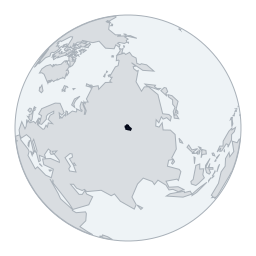 Bulgan highlighted on a globe, orthographic projection, rotated 319°
{"feature_id": "MNG-3323", "entity_name": "Bulgan", "entity_type": "Province", "adm_level": 1, "iso_a3": "MNG", "parent_name": "Mongolia", "parent_adm1": "", "projection": "orthographic", "projection_center": [103.32, 48.825], "detail": "coarse", "context": "on_globe", "style": "filled", "palette": "ink", "viewbox_px": 256, "rotation_deg": 319, "n_neighbors": 0, "source": "natural_earth", "source_scale": "10m", "svg_char_len": 11844}
<svg xmlns="http://www.w3.org/2000/svg" viewBox="0 0 256 256"><g transform="rotate(319 128 128)"><circle cx="128" cy="128" r="113" fill="#eef3f6" stroke="#a8b0b8"/><path d="M190.0,34.0L192.3,35.6L191.5,36.5L183.8,34.9L183.1,33.5L181.3,33.5L182.1,35.4L183.1,36.6L178.1,40.9L179.6,49.4L183.8,53.1L180.0,51.7L190.3,59.7L193.5,66.1L187.7,58.3L185.3,57.2L186.4,61.0L184.2,60.7L183.4,62.5L180.7,61.8L177.5,57.6L175.7,57.2L176.6,60.0L174.4,61.3L173.4,57.2L169.5,59.1L163.4,53.0L163.1,43.5L157.4,40.5L151.1,32.0L149.4,32.6L146.0,30.1L142.7,30.1L142.5,28.7L140.1,29.9L141.0,31.1L140.2,32.1L138.4,32.2L137.8,30.5L138.6,30.1L137.5,29.7L137.9,28.8L136.7,29.3L136.1,27.3L134.0,29.6L131.2,28.2L131.6,26.8L135.1,26.7L144.5,23.9L146.0,22.9L144.5,21.4L134.3,18.9L134.4,18.1L132.0,17.2L130.3,17.6L131.6,18.5L127.8,19.4L129.9,20.7L128.6,21.3L129.3,23.0L125.4,23.1L121.3,22.4L120.5,21.1L118.7,20.9L116.3,22.5L112.0,20.9L103.9,21.2L103.2,20.9L107.4,19.0L115.1,17.6L120.5,16.2L113.2,17.6L111.5,17.1L109.6,17.4L107.5,17.8L106.6,18.2L105.3,18.3L112.0,16.7L113.3,16.6L111.2,17.0L114.8,16.5L119.4,15.8L118.2,15.8L120.4,15.6L128.6,15.4L136.7,15.7L144.8,16.6L152.8,18.1L160.6,20.2L168.3,22.8L175.8,26.0L183.1,29.7L190.0,34.0ZM232.6,88.7L231.8,87.4L231.9,86.8L232.6,88.7ZM231.5,87.6L231.8,87.8L231.6,87.8L231.5,87.6ZM231.6,88.2L231.5,87.8L231.7,88.4L231.6,88.2ZM231.8,89.3L231.6,88.6L231.7,88.8L231.8,89.3ZM231.7,90.5L231.4,90.0L231.7,90.5ZM183.9,37.3L182.4,35.5L182.4,34.0L183.9,35.5L183.9,37.3ZM183.4,40.6L182.1,39.5L184.2,39.2L184.3,39.9L183.4,40.6ZM187.3,56.0L186.4,54.0L188.0,56.1L187.3,56.0ZM183.8,62.9L184.7,63.6L184.0,64.2L183.8,62.9ZM131.4,22.8L130.4,22.9L130.8,22.5L131.4,22.8ZM132.6,23.5L133.9,23.1L134.6,23.4L133.9,23.6L132.6,23.5ZM179.1,63.9L177.6,64.8L178.6,63.1L179.1,63.9ZM131.0,24.0L135.8,23.9L137.2,24.5L135.4,26.0L131.0,24.0ZM176.3,64.8L172.6,67.3L174.4,69.1L167.3,65.8L172.8,64.6L173.8,62.2L174.6,64.1L176.3,64.8ZM142.0,31.5L141.1,30.1L143.6,31.1L142.0,31.5ZM143.8,31.9L152.6,34.1L153.1,36.3L150.1,35.0L152.2,37.9L148.1,37.9L146.1,36.3L146.5,34.9L144.7,36.0L143.8,31.9ZM164.1,63.7L162.7,63.8L163.5,62.9L164.1,63.7ZM140.1,32.5L141.9,32.7L142.5,34.6L139.1,34.6L140.0,34.0L140.1,32.5ZM154.7,38.8L154.6,40.3L151.2,40.7L150.7,41.3L148.1,38.1L154.7,38.8ZM139.0,33.6L137.4,34.6L135.5,33.9L138.5,32.5L139.0,33.6ZM144.0,35.1L144.2,36.1L143.0,35.5L144.0,35.1ZM127.8,32.1L129.8,32.1L130.3,33.1L127.8,32.1ZM137.0,35.0L137.7,35.3L138.1,35.7L136.7,36.2L137.0,35.0ZM145.9,38.7L144.6,38.6L146.9,40.0L144.5,40.4L143.1,38.3L142.7,39.4L142.0,39.5L141.7,37.6L145.9,38.7ZM136.6,38.0L134.1,35.6L130.2,35.3L129.6,34.4L136.0,35.1L136.6,38.0ZM139.6,37.9L137.6,37.7L138.0,36.6L139.5,36.1L139.6,37.9ZM143.3,41.6L147.3,41.4L147.5,41.9L143.3,41.6ZM135.4,38.1L136.0,38.7L135.1,38.2L135.4,38.1ZM140.8,40.7L142.2,40.6L142.4,41.1L140.8,40.7ZM136.1,40.1L135.3,39.2L136.4,38.8L136.1,40.1ZM138.2,40.5L138.1,41.3L137.2,39.1L138.8,40.4L138.2,40.5ZM140.7,41.3L141.3,41.5L140.1,41.2L140.7,41.3ZM132.6,42.3L131.3,39.6L133.6,38.6L134.6,41.3L132.6,42.3ZM37.8,60.5L41.7,62.0L39.3,66.8L38.7,78.5L38.0,80.8L34.5,83.1L31.2,98.0L34.3,98.0L34.9,109.5L37.5,115.2L44.7,110.1L40.4,100.5L43.2,95.4L49.5,100.1L53.7,108.9L54.9,107.2L55.2,99.0L59.2,98.6L55.6,96.0L54.8,98.9L52.6,97.4L53.2,94.8L54.6,94.7L54.1,91.6L47.6,93.3L46.1,96.4L43.2,90.5L40.4,95.2L38.5,94.9L42.5,86.9L44.4,85.5L49.4,74.7L47.1,75.6L42.3,86.0L42.4,83.9L39.3,85.6L41.8,82.7L47.7,71.5L47.0,66.4L40.9,65.6L41.6,62.5L44.6,57.9L52.0,53.5L49.7,61.0L52.3,59.9L57.2,55.1L56.1,57.9L57.8,57.0L57.4,59.8L61.1,61.1L61.3,63.8L67.0,61.9L67.9,63.1L64.3,63.8L61.9,65.9L62.9,73.1L64.3,73.8L68.0,72.1L67.8,74.4L71.2,71.9L73.9,75.3L73.4,69.1L77.7,67.3L81.6,68.2L83.0,66.6L76.6,65.1L74.1,65.6L72.1,67.8L65.2,68.6L64.0,66.7L70.9,61.9L69.8,58.8L75.6,56.8L89.3,61.4L92.9,64.8L89.8,74.6L86.5,74.9L86.0,71.4L82.5,76.4L84.7,75.1L84.6,77.2L88.6,76.3L88.7,77.7L92.4,74.5L93.0,76.2L90.6,78.2L97.1,78.7L99.4,81.9L100.8,81.3L101.7,79.8L104.0,85.2L105.0,84.5L104.5,82.5L106.2,80.0L109.9,77.7L110.5,79.7L109.3,80.8L107.5,86.2L104.0,89.0L104.6,89.6L107.8,87.6L110.0,81.0L112.1,79.1L111.5,82.2L111.9,80.9L113.1,80.6L114.9,82.2L115.7,78.8L128.4,73.6L133.2,76.5L131.3,79.6L140.8,78.8L145.4,82.6L145.0,80.7L149.3,79.3L147.9,78.1L148.1,77.1L158.5,73.6L161.4,74.5L165.5,71.3L165.3,70.4L163.3,69.5L167.3,65.8L174.4,69.1L174.5,71.0L178.8,71.9L178.4,76.3L180.0,80.5L177.1,85.0L178.7,88.1L180.2,88.2L183.5,92.6L184.9,102.1L177.0,94.2L173.5,81.0L174.3,86.3L172.2,85.1L171.2,87.0L172.0,90.9L173.4,91.3L164.4,98.4L162.3,109.1L167.3,107.7L170.5,110.3L172.5,122.4L163.5,140.0L167.7,144.6L168.1,147.9L164.6,150.4L164.0,145.6L160.3,144.3L160.5,141.4L154.7,144.3L154.7,140.2L150.2,144.7L152.0,147.7L157.2,146.5L153.2,152.5L158.6,157.4L159.3,163.8L150.6,175.6L141.6,179.2L141.1,181.1L137.5,179.0L132.7,182.7L139.5,192.8L139.3,195.6L131.6,200.7L131.4,198.7L121.8,193.1L120.1,199.6L127.3,205.2L129.8,211.1L124.2,209.1L121.7,203.8L118.3,201.6L119.2,196.1L116.4,187.0L110.8,188.0L111.3,184.4L106.6,175.8L98.5,176.5L85.7,182.7L83.9,191.2L79.5,193.3L74.2,178.3L74.5,168.9L70.9,168.1L66.9,157.4L55.1,148.9L54.9,145.8L52.4,145.1L49.7,139.7L50.0,134.7L47.7,132.7L47.5,146.0L50.0,148.1L54.3,146.9L53.5,150.8L56.2,156.7L48.0,160.2L33.0,153.3L34.0,146.4L35.4,120.3L36.7,118.9L36.9,118.6L37.0,118.2L34.6,120.0L35.7,115.2L32.3,131.6L30.6,137.2L32.7,153.5L31.9,153.7L33.3,157.9L40.9,163.4L40.4,165.3L35.3,170.3L27.0,170.9L29.5,179.9L31.4,185.3L29.8,183.2L26.0,175.7L22.7,168.0L20.0,160.1L18.0,152.0L16.5,143.8L15.6,135.5L15.4,127.1L15.7,118.8L16.1,114.7L16.2,114.1L17.6,105.8L19.5,97.7L22.0,89.8L25.1,82.1L28.8,74.6L33.0,67.4L37.8,60.5ZM36.5,64.4L35.5,65.5L36.5,64.4ZM55.7,122.1L59.9,127.1L62.4,120.3L64.2,121.8L64.4,119.0L62.5,119.8L63.6,112.8L67.0,113.5L68.8,110.9L67.4,109.2L61.0,109.1L59.4,119.1L56.6,119.9L55.7,122.1ZM111.1,17.2L110.6,17.4L108.3,17.7L109.3,17.5L111.1,17.2ZM99.0,20.7L97.0,20.7L99.1,20.4L100.1,19.9L105.6,18.7L103.2,20.7L103.3,19.9L99.0,20.7ZM112.3,18.0L109.1,18.3L112.7,17.9L112.3,18.0ZM67.8,49.9L66.2,51.6L64.3,51.8L64.1,49.0L66.9,48.6L67.8,49.9ZM64.4,54.1L71.3,50.5L71.7,52.3L70.3,51.8L69.9,53.4L67.5,53.1L61.2,58.6L59.1,59.2L59.8,53.3L60.7,54.8L62.3,52.9L64.4,54.1ZM88.2,40.1L91.2,39.1L88.2,44.2L85.8,44.6L85.4,41.6L88.0,39.4L88.2,40.1ZM126.9,27.0L128.2,26.7L128.4,27.1L127.4,27.7L126.9,27.0ZM128.7,32.0L121.2,29.0L122.4,28.4L116.7,27.6L117.5,25.8L121.2,26.4L117.5,24.6L121.2,24.3L118.3,23.3L126.4,24.7L129.6,24.6L125.8,25.4L124.9,26.9L125.5,27.6L129.5,29.5L135.9,30.3L136.0,32.2L134.5,33.4L133.0,33.4L133.3,32.1L131.1,33.2L130.5,31.4L128.7,32.0ZM116.2,48.4L117.2,46.4L112.6,49.2L112.0,47.0L111.5,47.4L109.6,46.3L106.4,45.7L106.7,44.6L105.3,44.9L104.1,44.2L102.3,44.2L102.1,42.3L100.0,42.3L101.1,41.5L97.5,41.9L100.1,40.8L98.7,39.9L96.9,41.5L99.9,32.4L99.2,29.8L97.2,28.4L101.9,26.9L106.8,27.4L111.1,29.3L111.2,32.2L113.3,31.1L113.9,32.2L112.0,32.6L115.4,32.7L115.4,33.7L119.3,36.0L124.1,35.8L125.7,36.8L123.8,37.4L126.6,37.9L124.1,39.8L125.1,40.6L123.6,43.3L119.3,44.2L120.8,45.0L119.7,47.3L116.2,48.4ZM132.1,43.0L127.1,44.4L124.3,43.9L128.1,39.4L127.5,38.5L129.8,35.8L133.8,36.6L132.8,37.2L132.7,38.1L131.5,37.5L132.4,38.6L131.0,39.6L131.4,40.8L129.7,40.9L132.1,43.0ZM39.4,81.3L39.3,82.8L39.6,84.7L37.6,85.9L39.4,81.3ZM43.3,73.6L43.5,74.6L40.9,77.0L41.0,75.6L43.3,73.6ZM45.8,73.2L43.7,74.4L44.9,72.9L45.8,73.2ZM64.7,64.7L65.2,65.7L64.4,66.3L63.1,66.4L64.7,64.7ZM102.4,57.1L103.4,55.8L104.1,56.0L107.8,54.3L108.6,55.9L106.6,57.5L102.4,57.1ZM42.7,109.7L40.7,109.4L40.8,107.9L41.5,108.3L42.7,109.7ZM38.0,97.1L38.0,100.9L37.5,97.4L38.0,97.1ZM103.8,58.6L105.3,57.6L104.8,59.0L103.8,58.6ZM109.3,57.0L109.1,58.5L109.1,55.9L109.3,57.0ZM39.2,197.3L37.5,195.1L35.4,190.8L38.0,193.0L38.7,192.1L41.4,196.9L43.1,202.0L41.6,200.2L39.2,197.3ZM158.0,220.8L161.3,220.5L161.1,220.8L158.0,220.8ZM154.5,220.4L158.3,219.9L153.8,221.1L154.5,220.4ZM159.8,219.6L163.7,218.4L165.4,217.5L165.1,218.2L159.8,219.6ZM151.9,220.7L137.6,221.7L132.0,221.0L133.3,219.9L142.5,219.9L151.9,220.7ZM132.9,219.8L124.2,216.3L112.3,204.5L116.6,205.2L129.0,212.6L128.2,213.7L133.5,216.5L132.9,219.8ZM153.8,212.4L152.9,215.7L145.1,216.1L141.5,215.9L139.1,211.8L140.4,209.6L143.4,209.6L154.7,200.8L158.6,202.2L155.2,206.0L158.4,208.5L153.8,212.4ZM84.3,192.1L86.6,197.9L84.3,197.9L84.3,192.1ZM159.2,194.4L154.7,198.6L158.8,193.2L159.2,194.4ZM161.6,189.3L161.9,191.2L160.0,189.6L161.6,189.3ZM141.0,184.0L137.9,184.5L137.8,183.1L141.7,181.5L141.0,184.0ZM159.8,169.1L159.8,173.7L159.3,175.3L157.8,172.8L159.8,169.1ZM112.6,72.5L106.5,72.9L102.7,74.5L101.3,77.5L100.6,73.6L106.6,71.0L112.6,72.5ZM126.4,73.2L127.6,70.8L128.8,71.9L128.7,72.6L126.4,73.2ZM125.9,71.7L124.0,68.8L125.8,67.5L126.9,70.0L125.9,71.7ZM113.7,63.3L111.9,63.2L112.3,62.1L113.7,63.3ZM181.4,227.2L181.2,227.3L178.8,228.5L181.6,227.0L177.9,229.0L176.8,229.2L173.1,230.6L151.4,237.7L146.9,238.3L148.6,237.6L145.6,235.6L147.1,235.5L146.8,233.4L160.0,229.1L169.5,222.2L176.2,220.6L181.6,215.0L188.3,212.7L185.9,216.5L192.4,215.2L198.0,206.3L200.7,210.7L204.7,209.3L204.4,210.8L202.9,212.1L196.1,217.7L188.9,222.7L181.4,227.2ZM220.9,191.7L220.6,192.2L220.3,192.4L220.9,191.6L221.4,191.0L220.9,191.7ZM225.3,184.2L225.5,184.0L225.2,184.6L225.3,184.2ZM225.0,184.5L225.6,183.3L225.4,184.0L225.0,184.5ZM222.2,185.6L222.7,184.7L222.9,184.7L222.2,185.6ZM166.2,219.5L170.9,216.3L173.4,215.4L166.2,219.5ZM221.6,185.6L220.4,186.8L220.6,186.2L221.6,185.6ZM221.8,184.5L221.7,184.1L222.3,184.6L221.8,184.5ZM219.6,185.6L221.0,185.2L219.4,185.9L219.6,185.6ZM218.6,186.7L217.5,187.2L217.6,186.9L218.6,186.7ZM205.2,197.6L209.5,198.1L205.8,200.5L201.9,200.9L198.4,204.8L190.8,208.1L192.6,206.0L191.7,204.4L183.6,206.8L182.0,205.9L184.9,204.0L179.5,204.6L185.4,201.9L187.8,204.0L191.2,200.4L196.8,198.4L202.1,196.6L206.3,196.2L205.2,197.6ZM185.3,208.3L186.3,208.0L185.4,209.1L185.3,208.3ZM215.4,187.6L217.0,187.5L216.8,188.0L216.0,188.5L215.4,187.6ZM207.2,195.1L211.8,189.7L212.8,189.0L209.8,193.7L207.2,195.1ZM210.7,188.9L212.8,187.8L213.8,188.4L213.4,189.0L210.7,188.9ZM173.2,209.6L172.9,210.5L171.3,210.2L173.2,209.6ZM175.2,208.5L179.9,208.0L174.8,209.4L175.2,208.5ZM160.7,208.8L162.1,210.6L166.6,208.5L163.1,211.0L166.1,213.5L165.1,214.9L162.1,212.1L161.0,215.8L159.0,216.1L158.0,213.2L160.0,209.1L162.0,207.1L170.0,204.8L160.7,208.8ZM175.2,206.1L174.0,204.1L174.9,202.2L176.2,203.1L175.2,206.1ZM170.1,199.0L166.7,196.7L163.6,198.4L169.8,192.9L172.1,196.0L170.1,199.0ZM167.1,192.8L164.3,194.5L167.2,191.3L167.1,192.8ZM163.5,193.5L163.1,191.4L165.4,191.3L163.5,193.5ZM168.6,192.6L169.0,188.7L170.2,190.7L168.6,192.6ZM161.9,186.4L167.0,189.3L160.5,188.8L159.9,181.2L162.7,180.6L161.9,186.4ZM175.0,149.9L174.1,147.5L176.5,146.3L176.4,148.3L175.0,149.9ZM183.3,140.7L176.8,145.2L171.4,149.0L173.3,149.7L172.4,154.3L169.4,150.9L172.9,145.3L177.1,143.2L177.3,139.4L180.2,135.9L179.0,131.5L180.1,129.1L182.4,132.5L183.3,140.7ZM178.3,129.7L177.3,121.4L181.9,121.2L183.1,122.9L181.7,126.7L179.3,126.7L178.3,129.7ZM178.4,119.4L176.1,119.3L169.8,108.3L169.6,105.9L176.8,113.8L175.1,114.2L175.8,117.1L178.4,119.4ZM163.3,64.8L162.8,63.9L164.0,64.4L163.3,64.8ZM147.2,76.4L147.6,75.2L149.0,75.7L147.2,76.4ZM149.5,72.0L147.6,72.2L149.3,71.1L149.5,72.0ZM143.4,73.1L146.7,72.0L143.9,74.2L143.4,73.1Z" fill="#d9dde1" stroke="#a8b0b8" stroke-width="1"/><path d="M127.1,124.9L127.5,125.1L127.9,125.1L127.9,125.3L128.4,125.4L128.6,125.3L129.0,125.4L129.3,125.1L129.5,125.4L129.6,125.7L129.5,125.9L129.8,126.3L129.7,126.4L129.5,127.4L129.0,127.4L128.9,127.7L129.3,127.8L129.6,128.1L129.6,128.8L129.3,129.3L129.4,129.6L129.8,129.7L129.9,130.3L129.6,130.3L129.1,130.5L129.1,130.9L129.1,131.0L128.5,131.1L128.5,130.9L128.1,130.6L127.9,130.2L127.4,129.8L127.3,129.5L127.2,129.2L126.8,129.0L126.6,128.6L126.5,128.0L126.3,128.1L125.9,127.7L125.8,127.4L126.0,127.2L126.3,126.9L126.8,126.8L127.0,126.4L127.3,126.3L126.5,125.8L126.9,125.1L127.1,124.9Z" fill="#0f172a" stroke="#020617" stroke-width="1.5"/></g></svg>